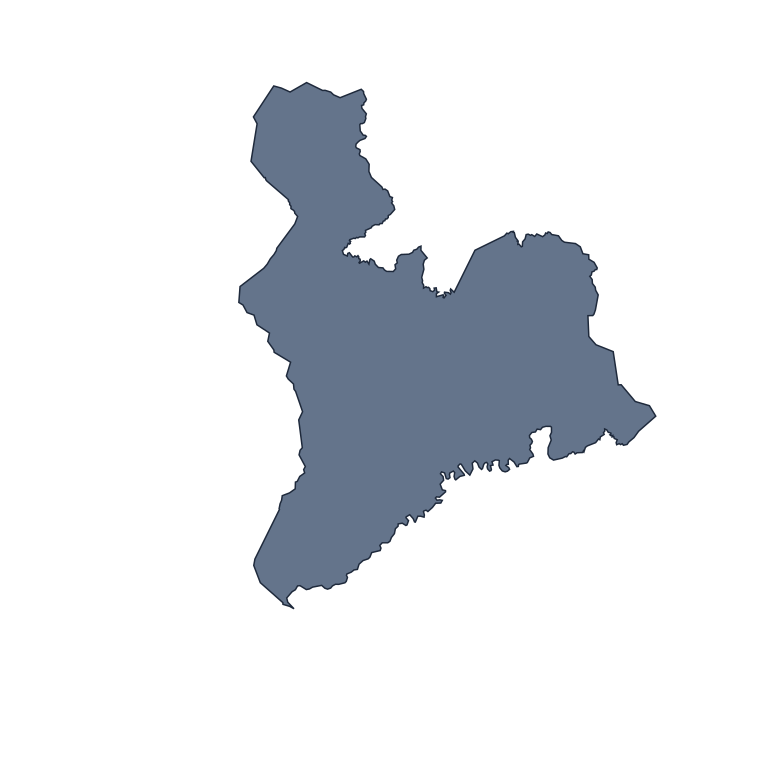 Acatepec, Guerrero, Mexico, rotated 301°
{"feature_id": "50627088B65715606255874", "entity_name": "Acatepec", "entity_type": "district", "adm_level": 2, "iso_a3": "MEX", "parent_name": "Mexico", "parent_adm1": "Guerrero", "projection": "orthographic", "projection_center": [-98.971, 17.177], "detail": "fine", "context": "isolated", "style": "filled", "palette": "slate", "viewbox_px": 768, "rotation_deg": 301, "n_neighbors": 0, "source": "geoboundaries", "source_scale": "gbopen_adm2", "svg_char_len": 6171}
<svg xmlns="http://www.w3.org/2000/svg" viewBox="0 0 768 768"><g transform="rotate(301 384 384)"><path d="M379.1,217.6L379.1,222.4L374.7,229.8L376.1,237.1L369.3,244.6L368.7,259.6L360.7,262.4L356.5,272.0L354.6,273.5L354.6,292.7L340.6,296.2L338.9,299.4L337.4,306.4L333.2,309.5L332.1,312.1L318.3,328.5L309.3,329.4L287.3,346.8L284.0,346.2L279.5,347.7L272.7,359.1L269.3,359.2L266.9,361.8L261.4,359.4L255.8,359.8L254.3,358.6L248.4,361.9L242.0,359.1L235.9,354.3L231.6,356.1L227.9,356.6L223.1,358.3L222.6,359.0L167.5,363.5L161.4,365.8L150.0,380.3L144.5,409.9L143.1,410.9L144.8,417.6L145.0,422.6L147.4,413.9L150.5,410.8L158.6,412.2L162.0,414.0L166.4,413.9L167.9,415.9L167.8,423.3L170.0,425.7L173.1,427.4L179.3,434.3L178.5,438.5L179.1,441.3L181.6,443.4L184.4,443.8L187.4,445.6L188.9,448.3L193.5,452.9L195.4,453.3L199.4,452.3L200.6,450.4L202.0,450.0L205.8,452.8L209.2,454.1L211.4,456.7L216.7,455.4L221.9,457.0L226.0,460.5L228.3,461.1L233.2,460.3L239.3,466.5L241.8,465.9L243.5,463.5L247.0,464.3L249.8,469.0L252.2,470.1L256.3,469.4L261.1,470.0L265.8,468.3L269.3,469.3L271.4,468.2L274.1,471.4L274.0,475.6L275.0,476.3L279.5,475.4L280.7,471.7L281.5,471.4L285.2,473.4L283.6,478.4L281.5,481.2L281.8,482.0L288.1,481.1L289.5,483.4L290.5,486.9L292.5,486.1L295.0,483.5L295.8,483.6L297.5,485.0L297.3,487.3L303.1,489.1L308.4,489.7L311.2,494.0L314.3,493.9L313.4,491.4L311.7,489.3L312.7,486.8L314.3,487.1L315.6,489.9L323.3,492.3L324.3,491.6L323.3,488.5L327.1,483.7L332.2,484.7L335.1,482.3L336.1,478.6L338.3,478.6L339.0,481.7L335.0,486.1L335.5,487.9L337.7,488.8L340.3,486.6L341.8,486.3L345.1,488.3L344.5,490.2L340.8,491.7L338.9,493.9L338.8,494.9L343.9,496.7L347.1,499.9L347.9,499.2L351.0,490.2L352.1,489.7L354.7,490.4L355.0,491.6L351.4,498.4L350.1,504.5L357.0,504.0L361.6,500.4L364.9,501.4L364.4,504.8L361.7,508.3L361.0,511.6L362.2,512.0L366.5,510.9L368.7,511.3L369.7,512.4L368.9,514.2L366.1,515.0L364.6,516.5L363.7,519.4L364.9,520.3L366.0,520.1L368.9,517.3L370.7,519.2L373.0,516.6L376.3,518.6L377.6,521.3L377.7,522.3L373.5,524.4L371.7,526.5L370.4,530.2L371.1,533.1L372.8,534.7L375.5,535.6L376.6,534.0L376.9,530.4L378.3,530.7L379.2,531.9L382.6,529.7L384.8,530.0L384.1,535.7L381.6,540.5L382.5,541.6L384.3,540.9L385.1,541.3L389.5,546.7L390.5,547.3L395.7,547.0L399.0,549.4L400.6,547.8L402.9,542.6L404.7,542.5L406.7,540.6L409.1,541.2L411.2,540.8L412.6,538.7L413.0,536.5L414.8,535.2L418.6,535.7L420.9,538.5L424.2,538.5L425.5,541.7L428.5,542.1L431.1,544.6L433.4,548.5L433.2,549.8L428.8,552.5L425.1,552.9L422.1,556.2L414.0,557.5L408.4,560.6L406.1,564.1L406.1,568.5L412.3,575.0L415.2,576.8L415.7,578.1L419.6,578.5L420.5,579.9L423.1,580.6L423.4,581.9L422.4,583.9L424.5,584.9L427.6,589.6L429.4,589.4L428.9,590.3L433.4,589.3L435.7,590.2L442.7,595.6L447.4,596.2L447.4,597.7L450.1,596.7L454.2,598.7L455.3,597.2L457.3,597.5L459.1,596.3L459.4,598.5L458.1,601.1L458.8,603.7L458.0,604.3L456.8,603.8L456.6,605.3L457.7,606.6L456.2,606.8L457.2,608.1L455.9,609.4L456.4,612.6L453.3,613.2L451.8,614.7L454.0,616.3L453.9,618.0L455.5,618.9L454.8,620.8L457.4,623.5L460.4,623.7L466.8,625.9L474.7,626.6L496.4,633.5L502.1,622.7L498.4,608.4L505.5,587.7L503.9,585.2L529.8,563.8L526.8,545.5L530.2,535.1L547.6,523.6L550.2,527.7L551.9,528.0L556.3,527.1L570.7,521.7L573.4,517.1L575.8,515.2L577.5,510.9L580.8,508.6L582.3,504.9L584.2,505.6L587.1,504.5L589.0,506.0L590.9,506.2L591.7,507.4L593.3,507.0L596.5,501.4L596.5,495.3L600.2,492.9L598.1,487.4L602.7,481.6L603.0,475.8L598.5,465.7L598.6,462.5L600.9,457.2L598.5,450.8L599.4,448.3L598.9,446.4L597.1,446.4L596.7,444.8L594.5,445.1L592.0,444.1L591.3,437.7L588.1,437.2L588.1,433.7L586.9,433.0L586.7,430.4L585.3,428.9L581.1,430.2L577.2,429.6L573.2,431.7L572.3,431.0L573.4,427.7L572.6,426.8L575.5,425.5L575.1,424.6L576.0,424.4L577.4,421.1L581.0,417.6L580.6,416.4L581.4,416.2L579.9,414.3L576.8,413.1L576.6,411.6L573.0,410.9L545.5,393.1L498.8,396.9L499.8,392.2L498.4,392.5L496.9,394.4L495.2,394.6L495.5,392.3L493.9,388.6L493.0,388.9L491.9,391.5L488.7,391.1L488.6,390.1L490.7,389.4L490.9,388.7L485.8,384.0L488.4,382.4L490.9,383.5L490.3,381.8L493.3,379.2L492.0,377.6L490.4,379.0L488.3,378.3L487.8,375.5L489.4,374.1L489.8,372.4L488.9,371.3L489.0,369.9L486.6,368.5L489.1,367.1L490.5,364.6L492.5,363.8L494.8,361.4L502.9,359.1L506.9,355.9L510.9,354.9L514.3,356.1L517.6,346.8L521.2,344.7L519.1,343.1L516.4,342.7L514.0,340.6L511.5,340.7L508.1,338.5L503.9,332.1L501.0,330.6L496.7,331.1L494.7,333.0L491.9,332.0L488.7,334.7L485.2,334.0L481.9,328.3L482.0,325.6L483.0,323.3L481.0,319.2L482.2,314.8L484.3,312.3L484.5,308.1L483.4,307.8L479.0,309.3L480.6,306.1L478.8,305.3L479.1,303.2L474.9,300.8L475.1,300.1L477.4,300.2L478.7,299.2L478.5,297.8L480.1,296.8L480.6,295.6L479.0,295.3L478.8,293.0L477.3,292.7L476.7,291.7L478.7,286.7L477.3,285.7L474.8,286.6L474.3,282.5L476.9,279.6L478.6,280.3L480.8,280.0L481.0,281.0L482.1,281.6L486.1,280.9L486.2,282.4L487.3,282.7L488.2,281.7L489.1,281.9L489.3,280.4L490.1,280.3L493.5,283.1L493.8,284.4L495.6,285.1L495.8,286.4L497.5,287.3L500.1,291.6L501.8,291.6L502.9,290.0L504.6,290.3L506.1,289.0L511.5,292.7L512.8,292.4L516.0,294.2L517.9,297.8L519.5,298.0L520.6,299.8L523.2,299.5L524.4,300.6L526.2,300.3L527.0,301.5L528.8,301.9L530.6,300.9L532.6,302.1L539.1,303.3L541.8,300.6L543.1,297.2L544.8,297.4L545.5,296.0L548.2,295.2L547.7,292.5L551.4,287.7L551.6,284.5L550.2,282.9L551.8,280.7L554.6,266.8L558.4,261.6L564.7,258.1L567.6,252.4L567.4,245.6L568.5,244.3L570.9,243.9L572.5,242.7L572.2,238.6L573.1,237.4L575.3,236.5L578.0,237.1L580.4,237.9L584.7,241.3L587.2,241.4L587.5,239.9L586.6,238.0L588.7,233.3L593.8,229.7L595.1,229.8L596.0,231.3L598.0,232.5L602.3,231.7L603.5,230.5L606.5,229.7L608.9,223.1L611.2,221.3L612.8,222.8L614.7,222.0L617.0,222.6L619.0,222.3L622.4,217.1L624.2,215.8L624.9,212.7L606.8,198.9L605.9,191.8L606.8,188.0L605.4,182.3L604.0,180.2L602.5,162.4L585.9,153.1L584.8,143.6L582.7,136.0L545.7,134.5L541.7,141.2L506.4,155.3L499.1,175.1L499.8,176.0L498.2,177.5L497.6,179.2L492.8,207.1L491.7,207.6L490.6,210.0L489.2,210.7L488.5,212.7L486.4,213.9L486.3,217.0L485.7,218.6L484.5,219.5L483.1,223.7L475.3,225.1L445.2,222.2L442.8,223.0L438.3,223.0L432.9,222.1L426.6,222.2L421.2,221.3L393.4,210.4L379.1,217.6Z" fill="#64748b" stroke="#1e293b" stroke-width="1.5"/></g></svg>